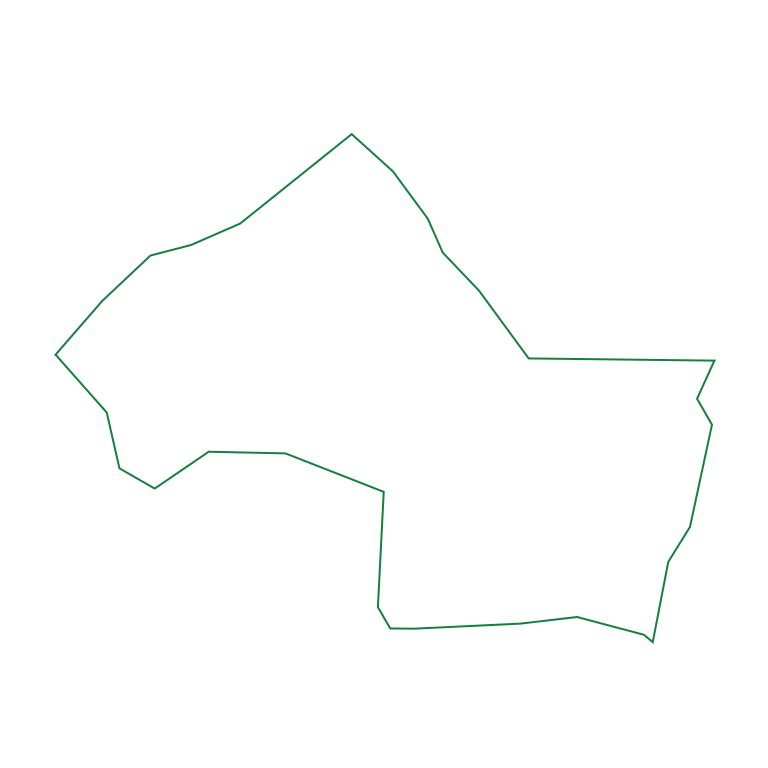 outline of Dioundiou, Dosso, Niger, rotated 272°
{"feature_id": "23599985B87103937584190", "entity_name": "Dioundiou", "entity_type": "district", "adm_level": 2, "iso_a3": "NER", "parent_name": "Niger", "parent_adm1": "Dosso", "projection": "orthographic", "projection_center": [3.586, 12.653], "detail": "fine", "context": "isolated", "style": "outline", "palette": "green", "viewbox_px": 768, "rotation_deg": 272, "n_neighbors": 0, "source": "geoboundaries", "source_scale": "gbopen_adm2", "svg_char_len": 535}
<svg xmlns="http://www.w3.org/2000/svg" viewBox="0 0 768 768"><g transform="rotate(272 384 384)"><path d="M135.4,661.6L216.1,674.3L251.9,694.8L354.8,713.2L380.2,697.4L418.9,713.4L414.6,527.7L480.6,475.7L517.4,438.1L550.7,422.0L596.7,385.6L632.6,343.0L539.3,234.6L516.2,186.3L504.2,146.1L457.3,99.6L401.7,54.6L401.2,55.4L345.8,107.9L290.4,122.6L271.5,158.5L310.2,211.2L311.2,287.9L276.2,387.5L160.8,385.7L139.9,398.8L140.5,422.2L149.3,528.8L157.9,585.0L142.4,652.6L135.4,661.6Z" fill="none" stroke="#15803d" stroke-width="2"/></g></svg>